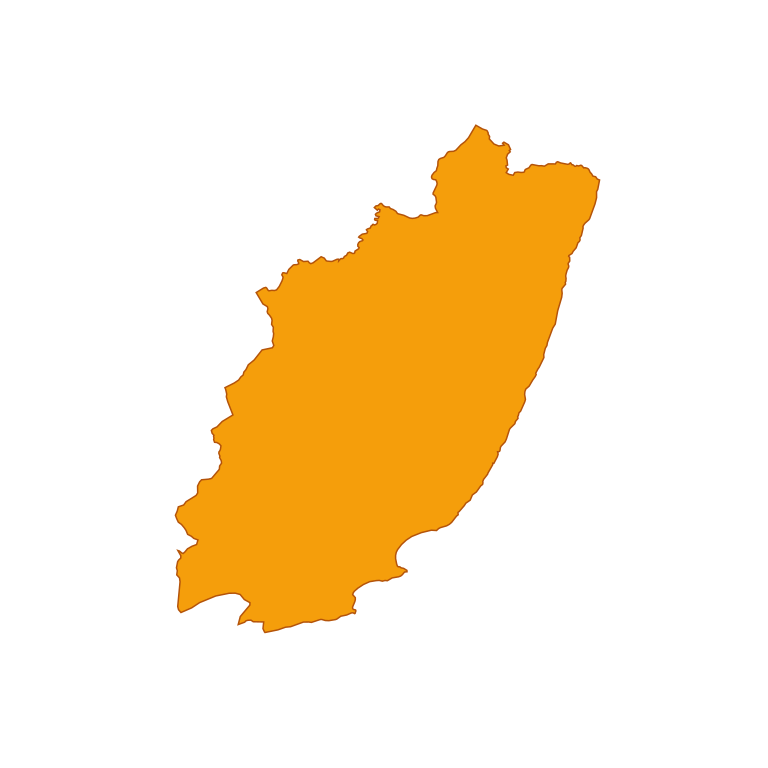 the Province of Eastern Cape, rotated 335°
{"feature_id": "ZAF-1926", "entity_name": "Eastern Cape", "entity_type": "Province", "adm_level": 1, "iso_a3": "ZAF", "parent_name": "South Africa", "parent_adm1": "", "projection": "natural_earth1", "projection_center": [27.087, -32.092], "detail": "fine", "context": "isolated", "style": "filled", "palette": "amber", "viewbox_px": 768, "rotation_deg": 335, "n_neighbors": 0, "source": "natural_earth", "source_scale": "10m", "svg_char_len": 6171}
<svg xmlns="http://www.w3.org/2000/svg" viewBox="0 0 768 768"><g transform="rotate(335 384 384)"><path d="M547.9,202.5L554.8,199.7L559.8,198.6L564.7,196.5L576.6,188.3L581.0,194.5L584.2,197.5L584.5,198.3L584.5,200.6L584.0,201.5L584.3,204.3L583.0,206.4L585.1,213.0L588.6,216.8L593.8,218.4L593.2,215.9L594.9,215.5L597.9,219.8L597.8,225.0L596.2,225.3L596.5,226.9L593.1,228.0L590.4,230.7L590.1,233.1L588.5,237.8L586.6,237.9L586.2,239.8L587.5,241.7L584.1,244.1L585.8,246.8L589.3,249.4L591.9,247.6L594.9,248.5L597.6,250.2L599.9,251.1L600.9,251.0L602.1,249.7L602.9,249.3L606.8,249.3L609.5,247.7L610.9,247.6L616.6,251.7L619.0,252.7L621.5,254.4L625.8,253.9L632.4,257.0L633.9,255.9L635.4,256.0L637.5,258.3L643.4,262.6L644.8,262.8L646.3,262.3L646.6,262.5L647.0,264.7L647.8,265.1L649.0,267.4L649.9,267.7L651.0,267.4L652.4,268.6L654.8,268.9L655.5,269.5L656.4,272.6L657.4,272.8L659.2,274.2L660.0,275.3L660.3,276.2L660.3,278.9L660.4,279.9L660.9,280.7L661.2,283.9L663.4,285.6L663.9,288.4L665.6,290.2L660.0,297.9L657.9,299.5L655.4,305.0L651.3,310.0L640.2,321.1L638.9,321.8L634.2,323.2L632.4,324.1L630.9,325.3L630.3,326.9L625.6,332.9L623.3,334.2L622.7,336.0L622.2,336.7L621.2,337.4L619.5,337.9L615.7,341.8L611.5,343.7L609.5,345.2L605.8,345.7L605.3,346.3L605.8,347.6L604.3,351.1L602.0,352.4L601.6,352.9L601.3,355.2L600.5,356.4L598.0,358.3L595.5,361.2L594.3,362.9L593.6,365.3L592.2,367.8L591.2,368.5L590.7,370.3L585.7,372.7L584.9,373.9L583.8,377.1L581.7,380.5L572.4,391.0L564.5,402.1L560.5,404.7L549.7,415.4L547.9,418.0L545.3,419.8L541.2,424.8L540.1,427.6L531.7,434.4L529.8,435.5L526.1,438.3L525.9,439.8L524.1,441.2L520.4,443.3L514.6,447.3L510.4,448.5L508.5,450.4L507.0,453.0L505.7,457.7L504.1,459.6L496.4,466.3L494.1,467.2L492.4,469.4L491.4,470.0L490.9,471.8L487.3,473.5L485.8,475.3L479.8,477.4L478.5,478.2L471.7,485.6L469.2,487.7L463.9,489.8L462.7,490.7L460.9,493.4L460.3,493.8L459.1,493.9L458.3,493.4L457.8,495.8L456.0,497.8L450.1,502.3L449.0,501.7L448.5,503.0L440.5,508.7L439.7,509.6L434.0,512.5L432.3,514.1L431.9,515.4L430.9,516.7L428.6,517.2L422.1,520.9L417.2,521.9L413.0,525.7L407.8,526.6L405.3,528.2L398.1,531.4L397.2,531.5L396.6,531.9L396.1,533.6L395.7,534.0L394.0,534.3L386.8,538.0L383.9,538.8L380.8,539.0L374.4,538.0L372.4,538.1L369.7,539.0L365.1,536.5L355.1,534.5L344.7,533.9L338.1,534.9L332.0,536.9L326.4,539.8L324.0,541.7L322.1,544.2L320.7,547.2L319.4,552.5L319.2,554.6L319.6,555.6L321.1,556.4L321.8,557.8L323.9,559.4L326.0,562.6L325.5,563.9L323.1,563.1L320.0,564.6L318.0,565.1L315.7,564.9L309.5,563.2L303.9,563.7L301.9,562.5L299.2,562.0L296.7,560.0L293.9,558.9L287.5,557.1L280.7,557.0L273.9,558.0L269.5,559.3L267.8,560.3L266.6,561.7L267.7,565.5L266.9,567.3L265.6,568.9L261.2,572.9L260.7,574.3L261.0,575.4L262.5,576.5L262.8,577.1L262.5,577.9L260.8,579.7L260.3,579.7L259.3,578.3L257.7,577.7L252.6,577.6L246.7,576.2L242.0,577.1L240.5,577.0L234.0,575.2L230.8,573.5L228.1,571.1L226.7,570.5L217.5,569.4L215.2,567.9L210.3,565.7L196.8,564.5L192.0,562.8L184.0,562.0L170.6,558.8L170.9,558.8L170.9,554.6L174.4,548.8L165.0,544.2L163.6,541.8L160.8,540.6L158.9,540.3L157.0,541.0L150.2,540.4L155.5,534.0L169.0,527.7L170.1,525.5L166.3,520.3L164.7,514.0L160.8,510.7L155.2,508.2L141.9,505.0L124.5,504.2L115.1,505.6L103.4,505.3L102.4,501.7L103.0,498.5L115.6,477.0L116.7,473.3L115.5,469.4L117.8,465.8L118.2,462.9L121.8,457.9L123.4,456.8L126.2,455.9L127.3,453.8L126.8,447.8L128.0,448.9L129.3,451.6L130.3,452.7L132.5,452.1L136.3,450.3L141.4,449.9L146.3,450.3L149.5,446.7L146.4,443.6L145.0,440.5L142.5,437.3L142.7,433.0L142.2,429.8L141.1,425.7L139.2,422.3L139.2,418.3L139.5,414.8L142.9,411.8L145.7,408.4L151.3,409.0L154.9,407.0L166.6,405.6L169.1,404.0L171.9,397.7L175.5,394.8L178.2,393.7L184.8,396.1L187.9,396.7L198.7,391.7L200.4,388.8L203.3,387.1L204.1,384.7L203.9,381.2L204.8,380.0L205.0,377.1L205.7,375.8L207.0,375.1L208.2,374.0L210.1,371.1L209.5,368.8L207.8,366.4L205.8,365.2L206.1,362.4L207.0,361.2L207.5,359.2L208.2,358.6L207.4,356.1L207.9,353.1L210.0,352.3L214.5,352.3L221.5,349.6L234.0,348.2L234.9,334.1L235.7,329.0L237.2,326.7L238.2,322.1L238.3,320.1L248.7,319.8L253.9,319.0L257.2,317.1L260.2,316.3L262.0,314.0L265.0,312.6L269.2,309.2L276.4,307.4L287.9,301.6L298.2,304.0L300.4,302.5L300.9,297.8L303.6,294.5L305.3,291.7L305.7,289.5L307.7,285.7L307.3,282.5L309.4,279.1L309.9,276.9L309.3,273.2L308.5,270.9L308.7,269.1L310.6,266.7L311.0,264.6L308.1,260.3L306.8,247.1L315.3,246.1L317.7,246.5L318.2,247.4L318.6,250.2L319.1,250.9L321.9,251.7L324.3,253.0L326.4,253.3L330.3,251.3L335.1,247.5L336.8,245.7L337.7,244.4L337.5,241.9L339.1,240.5L340.2,240.8L342.6,242.8L346.2,239.9L351.8,237.9L352.8,237.9L355.5,239.0L357.5,239.0L357.9,237.7L357.8,236.0L358.4,235.2L360.3,235.6L362.8,239.0L367.0,240.6L367.5,242.5L368.5,244.0L370.9,244.2L380.8,242.1L383.1,244.7L383.7,247.9L384.6,248.7L387.9,250.6L389.1,251.0L394.2,251.1L395.6,251.7L395.6,252.3L395.0,253.3L397.2,252.3L398.2,252.2L399.2,252.8L400.6,252.8L401.9,251.7L404.4,251.5L406.6,249.9L408.6,250.0L410.7,252.4L412.0,253.0L412.9,252.7L413.9,251.3L418.2,250.7L419.1,249.9L418.5,248.1L419.2,246.5L420.6,245.3L422.2,244.7L425.1,245.0L425.8,244.6L425.3,242.8L423.7,241.3L423.1,240.2L424.0,239.7L427.6,239.0L432.1,240.2L433.6,239.0L433.2,236.8L434.4,236.5L437.5,236.8L439.1,235.3L440.4,235.2L441.0,234.6L441.8,234.8L442.4,235.8L444.2,236.0L445.8,235.5L447.3,233.1L445.2,231.9L445.0,231.0L445.6,230.1L448.7,231.4L450.3,230.3L447.8,228.2L447.9,226.6L449.5,226.0L452.8,226.1L454.0,224.4L452.9,223.1L451.4,223.7L449.8,220.0L451.9,219.2L454.2,219.8L456.4,219.0L457.6,219.0L458.1,219.6L458.7,221.9L459.5,223.3L460.7,224.4L463.5,225.7L464.0,227.7L466.0,229.7L467.8,232.5L468.2,234.9L468.7,235.7L473.3,239.5L477.4,244.4L479.7,245.9L482.3,246.8L485.5,247.2L488.4,246.2L489.3,246.5L491.2,248.3L494.3,249.7L503.3,250.5L505.1,251.3L504.9,246.5L505.4,244.7L505.9,243.8L507.1,243.0L508.4,241.6L509.9,236.7L509.8,235.0L508.7,232.7L509.3,231.6L515.8,226.2L516.8,224.9L517.3,222.9L517.2,220.8L515.2,219.5L514.3,218.2L514.5,216.5L515.7,215.1L518.7,213.5L521.6,212.8L523.1,210.8L525.0,208.9L527.0,205.1L528.5,203.7L530.3,203.4L534.0,203.9L535.9,203.2L539.2,201.1L540.4,200.8L541.7,201.0L545.4,202.5L547.9,202.5Z" fill="#f59e0b" stroke="#b45309" stroke-width="1.5"/></g></svg>